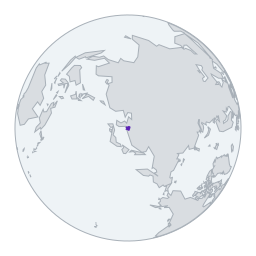 the Earth from above Ryanggang, rotated 115°
{"feature_id": "PRK-3314", "entity_name": "Ryanggang", "entity_type": "Province", "adm_level": 1, "iso_a3": "PRK", "parent_name": "North Korea", "parent_adm1": "", "projection": "orthographic", "projection_center": [127.851, 41.225], "detail": "fine", "context": "on_globe", "style": "filled", "palette": "violet", "viewbox_px": 256, "rotation_deg": 115, "n_neighbors": 0, "source": "natural_earth", "source_scale": "10m", "svg_char_len": 12083}
<svg xmlns="http://www.w3.org/2000/svg" viewBox="0 0 256 256"><g transform="rotate(115 128 128)"><circle cx="128" cy="128" r="113" fill="#eef3f6" stroke="#a8b0b8"/><path d="M213.5,195.2L213.4,195.7L213.3,195.8L213.5,195.2ZM213.1,54.2L213.0,54.4L214.0,55.2L216.8,58.7L215.4,56.9L213.7,55.6L214.2,57.5L209.8,55.9L199.6,50.0L200.3,49.0L197.7,48.0L196.8,49.3L196.8,50.4L186.9,50.6L182.6,57.1L184.9,61.6L181.5,59.0L188.5,69.4L188.5,75.7L186.2,67.2L184.2,65.3L183.1,68.7L180.8,67.6L179.0,68.7L176.3,67.1L175.2,62.5L173.5,61.5L172.8,64.0L169.7,64.2L171.0,60.6L165.8,60.7L162.9,53.6L168.4,46.3L164.5,42.1L164.2,34.1L162.0,34.0L160.5,31.2L157.4,30.1L158.2,29.2L155.0,29.2L154.8,30.3L153.3,30.7L151.5,30.2L152.2,28.8L153.3,28.9L152.5,28.3L153.7,27.8L152.0,27.8L153.2,26.4L149.3,27.1L147.9,25.5L149.4,24.8L152.8,25.7L164.7,27.2L167.3,27.2L167.5,26.0L160.3,21.8L161.7,21.6L160.9,20.8L158.5,20.3L158.3,20.9L153.7,20.0L153.9,21.1L152.1,21.0L150.9,22.0L147.3,21.0L144.3,19.6L145.1,18.8L143.9,18.3L140.0,18.5L138.5,16.9L132.2,15.8L132.3,15.6L137.9,15.8L145.7,16.9L152.1,18.0L159.8,20.0L167.4,22.5L174.8,25.6L182.0,29.2L188.9,33.2L195.5,37.8L201.7,42.9L207.6,48.3L213.1,54.2ZM151.0,17.7L144.4,16.6L144.5,16.6L151.0,17.7ZM231.6,117.0L230.7,115.2L231.6,115.0L231.6,117.0ZM229.8,114.9L230.2,115.4L229.8,115.2L229.8,114.9ZM229.4,115.4L229.7,115.1L229.4,115.6L229.4,115.4ZM228.9,116.2L229.1,115.7L229.1,115.8L228.9,116.2ZM227.8,116.9L227.5,117.0L227.6,116.3L227.8,116.9ZM197.2,51.2L197.0,49.4L198.7,48.8L199.1,50.4L197.2,51.2ZM193.6,52.8L192.9,51.5L195.8,52.4L195.3,52.9L193.6,52.8ZM187.1,65.2L187.5,63.4L187.9,65.6L187.1,65.2ZM179.2,69.1L179.8,70.0L178.6,70.2L179.2,69.1ZM153.0,22.5L152.0,22.2L152.7,22.2L153.0,22.5ZM153.4,23.2L155.0,23.3L155.5,23.7L154.5,23.6L153.4,23.2ZM173.4,68.0L171.3,68.2L173.3,67.2L173.4,68.0ZM151.4,23.0L156.1,24.4L156.8,25.1L153.7,25.4L151.4,23.0ZM169.9,67.8L164.6,68.4L165.6,70.5L159.9,65.3L166.3,66.3L168.6,64.7L168.4,66.6L169.9,67.8ZM155.6,30.8L155.6,29.6L157.3,31.1L155.6,30.8ZM157.0,31.7L164.1,36.1L163.0,37.7L160.9,35.8L160.9,38.6L156.8,37.2L155.9,35.4L157.4,34.5L154.7,34.7L157.0,31.7ZM157.6,62.4L156.2,62.0L157.5,61.6L157.6,62.4ZM152.9,30.9L154.4,31.6L153.6,33.1L150.4,32.0L151.7,31.9L152.9,30.9ZM162.8,40.0L161.7,41.0L158.1,40.2L157.1,40.5L156.6,37.3L162.8,40.0ZM150.9,31.3L148.7,31.5L147.4,30.4L151.3,30.4L150.9,31.3ZM154.7,33.9L154.2,34.6L153.4,33.9L154.7,33.9ZM141.6,27.0L143.4,27.6L143.2,28.4L141.6,27.0ZM148.0,31.7L148.5,32.0L148.6,32.5L146.9,32.4L148.0,31.7ZM154.1,37.0L152.9,36.5L154.2,38.2L151.5,37.8L151.7,35.8L150.5,36.5L149.7,36.4L150.7,34.9L154.1,37.0ZM145.6,33.7L144.9,31.2L141.5,29.9L141.6,29.1L147.0,31.4L145.6,33.7ZM148.5,34.5L146.7,33.8L147.8,33.1L149.7,33.2L148.5,34.5ZM149.7,38.3L153.7,39.5L153.5,39.9L149.7,38.3ZM144.4,33.4L144.6,34.0L144.0,33.4L144.4,33.4ZM147.8,36.9L149.2,37.2L149.0,37.7L147.8,36.9ZM143.8,35.0L143.5,34.2L144.8,34.2L143.8,35.0ZM145.4,36.0L144.8,36.5L145.4,34.7L146.1,36.0L145.4,36.0ZM147.3,37.3L147.7,37.6L146.8,37.1L147.3,37.3ZM139.1,35.7L139.6,33.3L142.4,33.2L141.5,35.5L139.1,35.7ZM56.4,41.1L49.2,48.6L47.6,50.4L45.0,52.4L35.9,64.7L37.2,64.5L32.5,74.6L31.7,79.9L37.7,75.7L39.1,66.9L42.8,62.6L44.6,67.1L43.9,75.4L45.3,74.0L48.7,66.8L51.6,66.9L50.2,64.2L48.5,66.6L47.7,65.1L49.2,62.8L50.1,62.9L51.2,60.2L46.4,61.0L44.1,63.6L45.1,58.4L41.4,62.2L40.6,61.9L46.4,55.3L48.2,54.2L56.6,45.7L54.8,46.3L46.8,54.5L48.0,52.8L45.5,54.2L48.3,51.8L57.5,43.1L60.4,39.2L58.8,39.1L59.2,38.8L69.0,32.1L72.1,30.3L65.3,35.4L67.2,34.6L73.1,31.3L70.5,33.2L72.1,32.6L70.0,34.7L71.4,35.9L69.9,38.0L74.7,37.1L74.5,38.2L71.7,38.3L69.0,39.7L65.7,45.6L66.4,46.3L69.8,45.4L68.4,47.3L72.1,45.7L72.4,49.0L75.2,43.8L79.2,43.0L81.7,44.4L83.5,43.3L79.5,41.1L77.5,41.1L74.9,42.5L69.7,42.2L69.9,40.5L77.2,37.6L78.3,35.1L83.5,34.3L91.2,40.3L92.2,43.8L84.9,51.3L82.2,50.9L83.5,47.8L78.4,51.5L80.7,50.8L79.6,52.5L83.2,52.5L82.6,53.8L87.0,51.8L86.7,53.3L83.9,54.6L88.9,56.3L89.4,59.6L90.8,59.5L92.2,58.3L91.8,63.5L92.9,63.2L93.5,61.3L95.9,59.5L100.2,58.5L99.8,60.3L98.2,60.9L94.4,65.2L90.2,66.8L90.5,67.5L94.0,66.6L98.7,61.3L101.4,60.2L99.5,62.8L100.4,61.7L101.6,61.8L102.5,63.6L104.7,60.9L118.4,59.7L121.5,63.5L118.3,65.7L127.5,67.7L130.2,72.4L130.7,70.6L135.4,70.7L134.7,69.2L135.3,68.4L147.1,68.8L149.6,70.5L155.2,69.2L155.5,68.4L154.0,66.9L159.9,65.3L165.6,70.5L164.8,72.1L168.9,74.5L166.4,78.0L166.2,82.2L161.0,85.0L161.3,88.3L162.9,88.9L164.5,94.0L162.3,103.0L157.0,93.0L159.0,80.3L157.6,85.1L155.8,83.3L154.0,84.7L153.2,88.3L154.4,89.1L142.4,92.3L136.2,101.4L141.8,101.8L144.1,105.2L142.0,117.2L127.5,130.9L130.5,136.7L130.0,140.0L125.8,141.4L126.4,136.5L123.1,134.0L124.2,131.2L117.6,132.2L118.8,128.2L113.1,131.1L114.1,134.7L119.4,135.1L114.0,139.7L118.1,146.3L117.3,153.0L106.5,162.1L97.2,163.2L96.4,165.0L93.4,161.7L88.3,164.2L93.2,176.8L92.7,179.7L85.0,183.0L85.0,180.8L77.0,172.3L74.7,178.7L80.8,186.9L82.9,194.1L77.9,190.3L75.9,183.7L73.0,180.5L74.3,174.8L73.0,164.4L68.0,164.0L68.9,160.3L66.3,150.3L59.4,149.2L48.1,153.0L45.7,161.6L42.2,163.2L40.0,146.3L41.8,136.6L39.4,135.2L38.6,123.6L32.4,113.6L33.0,110.5L31.5,109.5L31.2,103.9L32.8,99.1L31.9,97.0L28.1,109.9L29.3,112.2L32.3,111.4L30.9,115.2L31.3,121.5L25.4,124.1L18.6,116.6L20.5,109.5L28.8,84.5L29.9,83.2L30.1,83.0L30.4,82.5L28.5,84.2L30.7,79.7L23.6,95.1L21.3,100.5L18.5,116.7L18.1,116.9L18.0,121.2L20.8,127.0L20.2,129.0L17.3,134.5L15.7,136.3L15.4,128.0L15.7,119.8L16.6,111.5L18.1,103.4L20.2,95.4L22.9,87.6L26.1,80.0L29.9,72.6L34.3,65.5L39.1,58.8L44.4,52.5L50.2,46.6L56.4,41.1ZM40.5,87.9L41.8,93.1L45.8,87.1L46.6,88.8L47.6,86.2L46.0,86.7L49.3,80.3L51.5,81.5L53.7,79.5L53.3,77.7L48.8,76.6L44.1,85.6L41.8,85.9L40.5,87.9ZM136.7,15.7L132.5,15.6L133.9,15.5L130.8,15.4L136.7,15.7ZM143.1,16.4L140.4,16.1L143.6,16.5L143.1,16.4ZM82.8,28.3L80.6,29.3L79.3,29.3L81.3,27.4L83.2,27.3L82.8,28.3ZM77.9,31.0L84.6,29.0L83.7,30.4L83.0,29.9L81.7,31.0L80.4,30.6L72.9,34.0L71.3,34.3L75.8,30.1L75.2,31.2L77.4,30.0L77.9,31.0ZM103.4,23.9L106.3,23.7L100.5,26.9L98.5,26.7L100.3,24.6L103.7,23.5L103.4,23.9ZM144.9,23.6L146.4,23.7L146.2,24.0L144.8,24.2L144.9,23.6ZM142.5,27.3L138.2,23.3L139.7,23.2L135.5,21.3L137.7,20.5L140.4,21.7L138.9,19.8L142.3,20.6L140.8,19.4L146.6,22.1L149.5,22.9L145.4,22.3L143.2,23.0L143.2,23.6L145.2,25.8L150.5,28.2L149.2,29.5L146.9,29.8L145.4,29.4L146.7,28.6L143.8,28.7L144.6,27.3L142.5,27.3ZM120.6,35.9L122.7,34.6L117.1,35.6L117.8,33.8L117.1,34.0L116.2,32.7L113.9,31.5L114.8,30.8L113.5,30.7L112.9,29.9L111.5,29.5L112.5,28.1L110.8,27.6L112.3,27.3L109.1,26.9L111.9,26.6L111.4,25.7L109.0,26.4L118.0,20.8L119.6,19.1L119.4,18.0L124.3,17.9L127.5,19.1L129.4,21.1L127.1,23.0L129.7,22.8L129.4,23.6L127.5,23.4L130.3,24.3L129.5,25.0L131.2,27.5L135.6,28.6L136.4,29.7L134.2,29.6L136.4,30.8L132.9,31.4L133.3,32.3L130.2,33.9L125.8,33.5L126.6,34.5L124.3,35.9L120.6,35.9ZM138.1,36.0L132.7,35.7L130.4,34.6L136.7,32.3L136.8,31.4L140.8,30.1L144.0,31.8L142.6,32.0L141.9,32.6L141.2,31.8L141.3,32.9L139.3,33.2L138.9,34.2L137.2,33.8L138.1,36.0ZM47.9,50.8L47.0,51.9L46.2,53.4L44.6,54.4L47.9,50.8ZM54.1,44.7L53.6,45.4L51.0,47.3L51.9,46.2L54.1,44.7ZM55.6,44.3L53.8,45.3L55.3,44.1L55.6,44.3ZM71.5,39.0L71.3,39.9L70.4,40.3L69.5,40.2L71.5,39.0ZM104.0,39.5L105.5,38.7L106.0,39.0L110.0,38.5L109.8,40.0L107.3,40.9L104.0,39.5ZM36.6,75.2L35.6,74.7L36.3,73.4L36.5,73.8L36.6,75.2ZM39.3,63.8L37.6,67.1L38.9,64.1L39.3,63.8ZM104.4,41.0L106.1,40.6L104.9,41.6L104.4,41.0ZM109.9,41.1L108.9,42.2L110.3,40.1L109.9,41.1ZM20.1,160.2L20.6,161.9L20.1,160.2ZM110.8,214.4L114.3,215.2L114.2,215.5L110.8,214.4ZM107.2,212.6L111.1,213.4L106.6,213.2L107.2,212.6ZM112.6,213.6L116.7,213.5L118.4,213.1L118.1,213.8L112.6,213.6ZM104.6,212.1L90.6,208.7L85.2,206.2L86.4,205.3L95.1,208.0L104.6,212.1ZM86.0,205.1L77.9,198.5L67.7,182.2L71.3,184.0L82.2,195.7L81.4,196.6L86.3,201.4L86.0,205.1ZM106.0,203.0L105.2,206.4L97.4,204.4L93.9,203.0L91.5,197.6L92.9,195.5L95.7,196.3L107.2,190.2L111.1,193.1L107.4,196.1L110.7,200.0L106.0,203.0ZM45.9,162.8L47.2,169.5L45.4,169.1L45.9,162.8ZM112.3,184.7L107.4,187.8L112.0,183.3L112.3,184.7ZM115.3,180.0L115.4,182.2L113.6,179.8L115.3,180.0ZM95.9,167.9L92.9,167.6L93.0,166.0L97.0,165.6L95.9,167.9ZM116.7,158.5L115.9,163.2L115.1,164.6L114.1,161.6L116.7,158.5ZM104.9,54.6L99.5,53.5L95.5,54.0L93.0,56.3L94.2,52.8L100.4,52.0L104.9,54.6ZM116.8,58.8L118.9,57.1L119.6,58.3L119.2,58.9L116.8,58.8ZM117.0,57.4L116.7,54.5L118.9,53.9L118.7,56.3L117.0,57.4ZM110.3,47.2L108.7,46.7L109.7,45.9L110.3,47.2ZM153.5,237.5L152.8,237.1L157.7,236.0L156.2,236.8L153.5,237.5ZM192.3,220.5L193.3,219.8L193.9,219.1L194.1,219.2L194.7,218.8L192.3,220.5ZM133.8,235.4L112.3,236.5L107.3,235.5L108.1,234.6L102.7,229.8L104.2,230.2L102.6,226.9L115.1,225.9L123.9,220.7L131.4,221.6L136.7,217.0L144.6,217.2L142.5,221.0L151.0,222.8L156.0,214.3L161.9,222.1L168.5,223.5L171.1,226.9L161.7,234.1L155.7,236.0L154.3,236.0L151.8,236.8L147.6,237.2L144.7,236.1L142.4,236.8L144.4,235.4L141.1,236.7L138.6,235.8L133.8,235.4ZM190.4,213.4L191.8,213.0L194.0,213.2L191.9,213.9L190.4,213.4ZM210.1,199.0L210.8,199.1L209.4,200.2L210.1,199.0ZM213.3,195.8L211.6,197.3L213.5,195.2L213.3,195.8ZM196.7,206.4L197.4,206.6L196.9,207.0L196.7,206.4ZM196.2,206.5L196.9,205.4L196.8,206.2L196.2,206.5ZM189.6,204.5L190.4,203.7L190.7,204.0L189.6,204.5ZM119.5,215.9L124.3,213.8L127.0,213.8L119.5,215.9ZM188.4,203.9L186.5,204.4L186.7,203.8L188.4,203.9ZM188.5,202.7L188.3,202.0L189.6,203.3L188.5,202.7ZM184.7,202.2L187.1,202.8L184.5,202.5L184.7,202.2ZM183.3,202.8L181.6,202.7L181.7,202.4L183.3,202.8ZM164.6,207.6L171.0,210.8L166.0,211.5L160.4,209.6L156.4,212.6L146.9,212.8L149.0,211.1L147.6,208.7L138.1,207.8L136.1,206.1L139.5,205.1L133.2,203.5L140.0,203.0L142.9,206.4L146.8,203.7L153.6,204.1L160.4,204.6L165.9,206.4L164.6,207.6ZM140.2,210.4L141.4,210.4L140.4,211.4L140.2,210.4ZM178.3,201.7L180.8,202.7L180.6,203.1L179.4,203.2L178.3,201.7ZM167.2,205.7L173.1,202.0L174.6,201.7L170.6,205.5L167.2,205.7ZM171.6,200.4L174.4,200.3L176.0,201.6L175.4,202.1L171.6,200.4ZM126.3,206.7L126.1,207.7L124.3,206.8L126.3,206.7ZM128.6,206.3L133.8,207.7L128.1,207.1L128.6,206.3ZM113.0,201.2L114.4,203.8L119.1,202.9L115.6,204.6L118.8,208.7L117.8,209.9L114.5,205.5L113.5,209.4L111.5,209.0L110.2,205.4L112.3,201.3L114.3,199.7L122.9,200.0L113.0,201.2ZM128.5,203.6L127.1,200.7L128.2,199.0L129.6,200.5L128.5,203.6ZM123.2,193.6L119.7,189.8L116.5,190.6L123.3,186.7L125.4,191.0L123.2,193.6ZM120.5,185.8L117.4,186.5L120.7,184.1L120.5,185.8ZM116.7,185.3L116.5,182.8L118.9,183.5L116.7,185.3ZM122.1,186.1L123.0,182.0L124.0,184.6L122.1,186.1ZM116.0,177.1L120.8,181.9L114.3,179.2L114.7,171.0L117.6,171.2L116.0,177.1ZM136.5,144.4L136.3,141.8L139.0,141.4L138.4,143.3L136.5,144.4ZM147.8,138.5L139.7,140.5L133.1,142.3L134.8,143.7L132.8,147.9L130.6,143.5L135.6,139.2L140.5,138.6L141.8,135.0L145.8,132.7L145.8,128.1L147.8,126.2L149.2,130.3L147.8,138.5ZM145.7,126.1L147.2,117.9L152.2,119.3L152.9,121.4L150.1,124.5L147.7,123.6L145.7,126.1ZM149.1,116.4L146.7,115.5L144.1,103.1L144.8,101.0L149.4,110.7L147.4,110.4L147.2,113.3L149.1,116.4ZM156.3,63.0L156.2,62.1L157.2,62.9L156.3,63.0ZM134.7,67.6L135.7,66.6L136.8,67.5L134.7,67.6ZM139.0,64.5L137.0,64.1L139.3,63.7L139.0,64.5ZM132.6,63.6L136.3,63.6L132.5,64.7L132.6,63.6Z" fill="#d9dde1" stroke="#a8b0b8" stroke-width="1"/><path d="M129.3,126.4L129.5,126.4L129.5,126.5L129.4,126.5L129.2,126.6L129.3,126.7L129.3,126.8L129.4,127.0L129.5,127.2L129.5,127.3L129.5,127.5L129.4,127.6L129.5,127.7L129.5,127.8L129.6,128.0L129.6,128.3L129.5,128.2L129.3,128.1L129.2,128.1L129.1,128.3L128.9,128.4L128.8,128.5L128.8,128.8L128.7,128.9L128.7,129.0L128.5,129.3L128.4,129.3L128.3,129.2L128.3,129.3L128.2,129.3L128.0,129.6L127.9,129.6L127.9,129.4L127.8,129.2L127.7,129.2L127.6,128.9L127.5,128.7L127.7,128.4L127.7,128.2L127.5,128.3L127.4,128.3L127.3,128.2L127.2,128.1L126.9,128.2L126.7,128.0L126.7,127.9L126.8,127.9L126.7,127.9L126.7,127.7L126.5,127.4L126.7,127.2L126.8,127.0L127.0,127.3L126.9,127.3L127.0,127.4L127.2,127.5L127.3,127.5L127.5,127.5L127.8,127.6L128.0,127.6L128.3,127.6L128.5,127.6L128.6,127.4L128.6,127.2L128.4,127.0L128.4,126.8L128.3,126.7L128.2,126.5L128.3,126.5L128.6,126.4L128.8,126.4L128.8,126.5L129.0,126.5L129.1,126.4L129.3,126.4L129.3,126.4Z" fill="#8b5cf6" stroke="#5b21b6" stroke-width="1.5"/></g></svg>